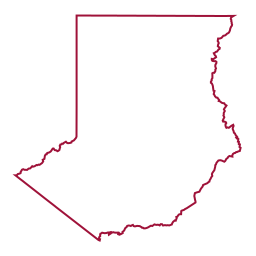 Espigão D'Oeste, Rondônia, Brazil
{"feature_id": "56859067B68374393690028", "entity_name": "Espigão D'Oeste", "entity_type": "district", "adm_level": 2, "iso_a3": "BRA", "parent_name": "Brazil", "parent_adm1": "Rondônia", "projection": "mercator", "projection_center": [-60.711, -11.369], "detail": "fine", "context": "isolated", "style": "outline", "palette": "rose", "viewbox_px": 256, "rotation_deg": 0, "n_neighbors": 0, "source": "geoboundaries", "source_scale": "gbopen_adm2", "svg_char_len": 4168}
<svg xmlns="http://www.w3.org/2000/svg" viewBox="0 0 256 256"><path d="M15.4,175.3L20.1,179.0L23.0,181.2L25.0,182.8L30.9,187.4L38.7,193.5L44.8,198.3L49.3,201.8L51.9,203.8L55.1,206.3L55.8,206.9L98.5,240.0L99.7,240.5L100.0,239.2L98.8,238.9L99.3,237.0L100.2,236.2L100.1,234.8L100.4,233.7L101.3,233.4L102.1,232.7L104.6,233.2L106.5,233.0L107.4,232.6L108.3,232.5L108.7,233.3L108.9,234.7L110.7,233.5L110.3,232.2L111.1,232.0L112.1,232.6L113.2,232.2L114.2,232.5L115.7,232.7L118.2,232.6L118.1,234.2L119.2,234.6L119.6,233.5L120.5,234.3L121.6,233.7L122.7,233.1L122.5,231.9L123.7,231.0L124.4,230.1L124.7,229.2L125.5,227.8L126.5,227.2L127.2,225.9L128.7,225.5L130.0,225.7L130.8,226.0L131.9,225.3L132.9,224.9L133.7,226.1L134.9,226.4L137.1,225.9L139.8,226.1L140.6,226.7L141.6,227.1L142.1,227.8L143.2,227.8L143.9,228.4L145.5,228.3L147.4,227.7L148.9,226.9L149.8,226.3L151.0,225.7L152.3,226.0L154.4,224.4L155.8,224.8L156.9,224.9L157.8,224.7L158.7,224.9L159.7,225.4L160.6,224.2L162.0,224.2L163.0,225.5L165.0,225.1L166.2,225.4L167.3,225.2L169.5,225.4L170.6,224.9L171.8,224.5L172.2,223.3L173.2,221.7L174.0,221.1L174.8,220.4L175.7,220.7L176.7,218.1L176.3,217.0L177.4,216.6L178.2,215.3L179.1,214.4L180.1,214.2L181.1,214.2L181.2,212.2L181.2,211.1L182.0,210.5L183.1,210.2L184.3,209.7L185.1,209.0L186.6,208.3L195.5,202.5L195.5,201.4L195.0,199.6L194.6,197.4L194.3,196.0L194.9,193.1L196.8,192.4L199.4,191.7L200.7,189.1L201.6,187.8L202.6,186.6L203.1,185.0L207.3,183.2L208.6,182.0L209.4,181.6L209.7,180.2L210.4,179.1L211.5,176.9L212.3,175.9L211.9,174.1L212.3,173.1L213.3,171.6L214.3,170.3L215.2,166.8L215.3,165.1L215.9,164.5L216.2,163.7L216.5,162.8L218.4,160.5L220.2,160.2L221.6,160.5L224.3,161.7L225.2,161.0L225.8,159.9L226.4,158.8L227.5,158.1L228.2,156.9L229.4,156.0L232.4,156.6L232.3,155.3L233.0,153.9L234.4,153.0L235.3,152.9L236.1,152.1L237.4,151.9L238.2,151.4L239.8,151.0L240.6,147.8L239.5,147.0L239.9,144.4L238.8,144.1L238.8,143.0L238.9,141.9L237.9,141.6L238.2,140.4L238.3,139.0L236.9,138.5L236.2,137.5L237.2,137.0L236.7,136.3L235.6,135.0L234.9,133.4L233.9,132.7L233.6,131.1L232.8,129.3L232.7,128.3L233.0,127.4L233.6,125.9L233.2,124.8L231.4,125.8L228.8,127.8L227.3,127.4L226.4,127.8L225.8,126.8L225.5,125.6L225.5,124.1L226.2,123.4L226.1,122.4L224.6,121.6L223.1,121.6L222.7,120.7L223.6,118.6L224.3,117.4L224.1,116.6L223.4,115.6L223.8,114.6L223.7,113.1L224.2,112.1L224.8,111.0L223.9,109.3L224.7,108.0L225.9,106.5L226.5,105.5L224.9,104.5L224.3,103.3L222.8,103.1L221.6,102.7L220.1,101.4L218.7,101.0L219.1,99.9L218.1,98.7L217.5,97.7L216.3,97.6L215.0,96.3L214.3,94.8L213.7,94.1L214.5,91.0L213.5,90.7L213.0,87.3L212.9,86.2L212.4,84.6L211.8,83.4L210.9,82.8L210.9,81.6L211.7,80.5L211.6,79.4L212.4,78.1L212.4,74.8L212.3,73.3L213.3,72.7L214.3,72.8L214.8,72.1L215.4,70.9L215.3,69.7L216.0,68.5L215.6,67.4L215.3,66.6L215.3,65.7L215.4,64.8L215.9,63.9L216.4,63.0L216.4,61.8L215.5,61.1L214.3,61.2L212.4,60.9L211.8,59.9L211.8,58.9L213.2,59.2L216.1,57.2L215.8,56.1L215.0,55.4L214.4,54.4L213.8,53.2L214.9,52.7L215.8,51.9L217.0,51.6L218.6,49.4L219.5,49.0L219.8,47.9L217.8,46.2L218.2,44.2L218.7,43.5L218.6,42.4L217.7,41.1L218.1,38.5L219.9,38.5L221.5,37.9L223.3,35.8L224.9,35.5L226.3,34.5L226.8,33.8L227.9,33.3L229.0,32.5L229.9,30.5L230.3,28.5L231.2,26.5L231.9,25.7L232.1,24.4L231.7,23.7L231.7,22.2L231.2,21.2L231.4,20.1L230.7,18.9L231.1,17.6L231.9,16.9L233.6,15.9L224.3,16.0L136.2,15.7L132.9,15.7L131.8,15.7L126.2,15.7L112.6,15.6L91.8,15.6L89.9,15.5L76.6,15.5L76.6,16.6L76.6,35.0L76.6,93.7L76.6,106.8L76.5,136.7L75.9,138.0L74.8,139.3L73.9,140.4L71.6,141.5L71.4,142.5L69.9,143.0L67.9,143.2L66.9,142.8L65.9,141.7L63.8,142.9L63.2,143.7L62.1,143.6L61.6,144.4L60.4,144.5L59.7,145.9L60.2,147.1L59.6,148.9L59.5,149.8L58.4,150.8L57.4,151.2L56.5,150.4L54.7,150.1L53.6,148.5L52.7,148.6L51.9,149.8L50.8,151.4L49.5,152.3L48.5,152.7L47.3,152.9L46.7,154.3L45.7,154.4L44.9,155.7L44.4,158.9L42.7,159.8L43.2,161.4L42.1,163.0L39.6,164.8L38.6,164.6L37.4,165.2L36.5,165.0L34.7,166.2L32.9,166.7L32.2,166.2L31.5,167.0L30.2,168.4L28.6,168.6L27.1,169.9L25.7,169.8L24.5,169.8L23.2,169.2L22.0,169.7L21.4,170.8L20.7,171.8L20.7,172.9L19.9,173.5L17.7,174.1L17.2,174.9L16.3,175.3L15.4,175.3Z" fill="none" stroke="#9f1239" stroke-width="2"/></svg>